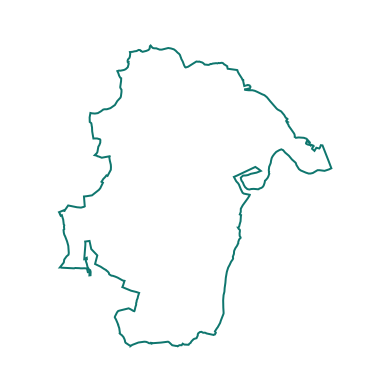 the district of Caianu, Cluj, Romania, rotated 352°
{"feature_id": "2599482B32459864581078", "entity_name": "Caianu", "entity_type": "district", "adm_level": 2, "iso_a3": "ROU", "parent_name": "Romania", "parent_adm1": "Cluj", "projection": "albers", "projection_center": [23.923, 46.814], "detail": "fine", "context": "isolated", "style": "outline", "palette": "teal", "viewbox_px": 384, "rotation_deg": 352, "n_neighbors": 0, "source": "geoboundaries", "source_scale": "gbopen_adm2", "svg_char_len": 5961}
<svg xmlns="http://www.w3.org/2000/svg" viewBox="0 0 384 384"><g transform="rotate(352 192 192)"><path d="M236.0,227.8L237.0,222.9L237.4,221.7L236.2,220.9L237.5,218.5L238.0,215.4L240.4,212.2L246.3,206.1L248.5,203.5L248.8,202.8L243.1,200.8L242.0,199.8L240.7,196.0L239.5,191.1L238.7,189.5L238.0,188.6L237.2,187.3L235.6,182.9L238.9,182.0L258.2,176.0L261.0,178.5L263.1,180.7L258.7,181.8L252.7,182.2L249.8,183.0L247.4,183.1L244.9,182.8L242.3,184.6L242.3,185.6L242.6,187.6L243.7,189.7L244.3,192.2L245.3,194.6L247.2,196.8L249.1,197.5L251.1,197.3L253.6,197.5L257.8,198.5L258.4,198.5L259.1,198.0L261.2,197.6L262.5,197.0L263.8,195.7L265.1,193.2L265.9,190.9L266.7,190.5L268.7,188.7L269.7,187.3L271.1,184.6L270.8,183.8L271.2,182.4L271.0,182.0L271.1,181.0L271.9,177.8L273.8,174.6L274.2,173.6L274.5,172.4L275.6,169.6L276.7,168.0L278.6,166.0L281.0,164.0L284.3,162.7L286.4,162.2L288.1,163.3L289.7,165.9L293.0,169.6L295.5,173.7L298.4,177.1L298.8,177.7L299.2,179.9L301.1,184.2L302.7,185.8L307.5,188.7L310.2,190.0L311.9,190.2L314.3,190.0L319.3,187.9L321.5,188.2L326.2,189.5L330.7,188.7L333.3,187.9L331.7,180.8L327.7,164.0L326.1,163.6L324.9,165.8L324.1,166.6L321.3,165.5L319.0,168.3L316.9,165.9L317.4,164.9L318.9,163.5L318.8,163.1L316.9,162.0L316.1,162.6L315.7,162.0L315.6,161.3L315.2,161.0L314.7,161.5L314.4,161.2L313.8,161.4L312.4,160.6L311.7,159.9L311.7,159.5L312.9,157.5L315.0,159.4L315.4,159.6L315.6,159.3L312.8,155.2L310.3,153.9L305.1,152.8L302.4,152.8L301.7,151.9L301.4,151.8L301.6,149.9L301.3,148.4L296.9,139.8L296.9,139.1L295.7,136.3L296.6,136.0L295.2,134.7L296.5,133.3L296.2,133.0L296.5,132.7L295.1,131.4L294.0,128.6L291.5,124.6L288.4,122.3L287.4,121.2L282.0,112.9L279.4,108.6L277.2,106.2L275.1,105.0L270.5,101.9L268.2,100.5L265.8,99.6L262.5,99.2L259.0,98.3L259.0,98.1L258.0,97.6L260.7,97.7L262.4,97.4L263.6,97.6L264.4,96.4L264.5,95.6L263.8,94.8L263.8,94.5L262.9,94.0L262.2,94.0L262.0,93.8L258.5,94.3L258.1,89.1L258.3,88.8L258.3,88.1L257.6,87.9L257.2,86.4L254.9,81.4L254.0,78.9L253.9,77.7L253.7,77.5L244.5,74.9L244.3,73.4L244.4,72.4L242.1,70.4L241.7,70.2L240.8,68.9L239.6,68.2L237.0,68.2L236.2,67.9L235.2,68.2L233.9,67.8L230.5,67.7L228.8,68.0L228.2,67.8L226.5,68.4L225.8,68.4L222.2,67.5L221.2,66.1L220.2,65.2L217.2,63.8L216.4,63.9L214.5,63.4L205.6,67.4L203.1,67.8L202.5,67.3L201.8,65.3L201.0,61.6L199.9,58.6L199.8,57.6L199.5,56.6L199.2,54.8L198.4,53.3L197.2,52.1L195.5,49.8L193.9,48.2L191.1,46.9L188.5,46.1L181.9,46.8L179.8,46.5L176.5,44.7L175.3,44.6L173.5,44.1L172.6,43.2L171.4,41.2L170.6,41.8L170.0,44.1L169.7,44.4L168.7,45.3L166.4,45.9L162.6,46.3L161.0,45.3L161.1,45.0L160.2,44.2L158.9,43.9L156.7,44.7L154.5,44.7L152.6,44.9L150.0,44.8L150.1,46.4L149.3,49.3L148.7,50.5L147.1,51.8L146.5,53.0L146.4,54.4L146.5,54.7L147.2,54.6L147.0,55.2L147.2,56.2L145.7,59.6L143.3,61.2L141.5,61.7L138.1,61.9L136.5,61.6L134.9,61.9L135.6,64.1L136.0,66.5L136.8,68.7L137.7,69.5L137.2,72.3L135.5,78.2L135.7,79.4L136.4,80.9L136.1,83.1L135.0,87.1L134.4,88.5L130.7,91.5L127.8,95.1L122.9,97.6L119.3,98.2L117.0,97.9L115.6,98.0L113.1,99.4L109.7,100.8L106.7,100.8L103.7,100.1L102.4,99.6L101.0,103.9L100.5,108.4L101.8,109.8L101.9,110.5L101.9,112.9L102.0,113.9L101.6,118.1L101.8,125.3L105.5,125.8L108.2,127.0L108.5,127.7L108.0,130.4L106.6,132.9L105.6,134.0L103.9,139.2L103.3,140.1L100.8,142.0L102.8,142.8L103.3,143.4L104.2,143.7L107.4,145.5L116.3,145.1L115.6,145.3L114.9,146.2L115.0,149.6L115.4,153.7L115.2,156.1L114.7,158.7L110.6,164.3L109.6,163.6L108.2,165.0L105.9,166.8L104.1,169.0L103.8,169.3L105.1,170.4L101.6,175.6L100.0,177.0L92.5,181.4L86.7,181.5L84.4,181.4L83.8,191.3L83.1,191.6L79.9,192.0L76.0,191.1L67.5,188.1L63.5,192.4L63.1,193.0L62.2,192.7L62.3,192.3L57.5,193.5L58.5,196.0L58.6,196.4L58.4,196.4L58.7,197.3L59.9,196.9L60.4,200.4L60.6,201.2L60.5,206.3L60.9,207.1L60.4,208.5L60.3,211.1L59.5,211.7L59.4,214.5L59.6,216.5L60.2,218.3L61.4,223.5L62.0,228.1L61.5,235.2L61.0,236.9L58.8,238.3L56.1,241.1L55.2,244.0L50.7,248.3L51.8,248.4L52.3,248.8L52.8,248.9L64.7,251.2L65.7,251.0L70.1,251.8L71.1,252.1L75.1,252.6L77.3,253.1L77.7,256.9L79.4,257.2L78.8,260.3L79.9,260.3L80.5,257.0L80.3,255.3L79.6,255.2L78.1,251.7L77.8,248.3L77.1,244.6L78.5,244.1L78.6,242.5L76.0,243.3L79.1,229.2L79.3,227.7L79.3,226.2L83.7,226.2L84.3,234.5L89.4,241.6L86.0,249.8L91.2,253.3L93.9,255.7L96.2,257.5L96.3,257.9L97.3,258.8L98.3,260.3L98.6,262.0L100.5,263.6L102.0,264.0L104.2,265.1L106.4,266.4L111.1,270.0L112.8,270.6L110.9,274.6L109.8,276.5L118.0,281.3L123.0,283.3L125.6,284.6L124.0,287.8L123.3,289.8L122.5,291.0L121.9,292.4L121.9,292.9L121.2,294.3L121.0,295.9L120.0,297.9L118.6,301.6L118.3,302.0L117.5,301.7L114.9,299.6L113.1,298.4L103.3,299.4L102.3,299.6L101.0,300.8L98.3,304.7L98.1,305.4L99.0,307.7L100.5,313.3L100.5,313.7L100.4,313.7L101.0,316.7L101.0,321.5L100.7,321.8L101.3,322.8L102.5,323.9L103.9,326.0L104.6,328.2L104.9,329.7L104.9,331.0L105.3,332.1L108.9,335.3L110.0,335.5L109.9,335.9L111.5,335.1L118.0,333.6L123.9,333.6L125.7,334.0L127.2,334.8L128.3,335.7L130.4,336.2L131.0,336.6L131.4,336.3L131.2,335.9L132.8,336.3L140.4,336.8L147.4,336.9L148.4,337.6L151.1,341.0L154.7,342.2L155.9,342.4L156.4,342.8L157.5,342.2L158.4,342.0L160.4,342.3L161.7,340.9L163.1,342.0L167.4,342.8L168.3,341.8L169.5,341.3L170.6,339.9L172.9,338.1L173.9,337.7L176.1,337.4L177.7,335.0L177.9,333.8L178.5,332.8L180.3,331.8L181.9,331.8L183.4,332.9L185.1,333.1L185.9,333.4L186.5,334.0L193.6,336.6L194.4,336.1L194.9,336.2L196.0,334.7L195.3,333.2L197.8,330.3L198.5,329.7L201.6,325.6L202.7,323.3L206.3,316.9L206.5,315.9L206.9,311.0L207.8,303.5L208.9,298.5L210.2,295.3L211.0,291.5L212.4,286.7L213.5,281.8L215.4,275.9L217.3,271.9L219.2,269.3L221.0,266.5L222.8,264.6L223.4,263.7L223.5,263.2L223.4,261.9L224.9,259.1L225.4,256.7L225.7,255.9L227.2,253.6L229.4,251.2L229.9,250.1L230.6,249.5L230.8,248.1L231.8,246.0L232.4,245.2L233.6,244.4L233.8,243.7L233.1,242.1L233.4,239.3L233.8,238.2L234.1,236.4L233.9,235.8L233.2,235.2L232.6,233.8L233.1,233.9L233.6,232.9L233.9,232.7L234.9,230.2L236.0,227.8Z" fill="none" stroke="#0f766e" stroke-width="2"/></g></svg>